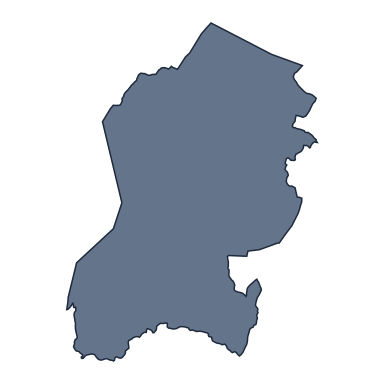 Santa María Quiegolani, Oaxaca, Mexico
{"feature_id": "50627088B40011540335784", "entity_name": "Santa María Quiegolani", "entity_type": "district", "adm_level": 2, "iso_a3": "MEX", "parent_name": "Mexico", "parent_adm1": "Oaxaca", "projection": "orthographic", "projection_center": [-96.048, 16.307], "detail": "fine", "context": "isolated", "style": "filled", "palette": "slate", "viewbox_px": 384, "rotation_deg": 0, "n_neighbors": 0, "source": "geoboundaries", "source_scale": "gbopen_adm2", "svg_char_len": 5979}
<svg xmlns="http://www.w3.org/2000/svg" viewBox="0 0 384 384"><path d="M256.8,279.2L255.6,280.1L254.2,281.3L253.0,282.4L252.0,283.3L250.4,284.6L249.5,285.6L248.9,286.2L248.4,286.7L247.9,287.5L247.4,288.3L247.2,289.3L247.1,290.0L246.9,291.0L246.6,292.3L246.5,294.2L246.5,295.7L246.0,296.4L245.6,295.7L244.6,295.0L243.8,294.2L242.3,293.1L241.0,292.7L239.4,292.3L237.9,292.1L236.7,291.5L235.5,291.1L234.6,290.5L234.3,289.9L234.2,288.7L234.4,287.4L234.4,286.3L234.8,285.3L234.5,284.2L234.1,283.5L233.8,282.4L233.1,281.3L232.6,280.7L231.8,280.2L231.3,279.5L230.8,278.7L229.7,277.3L229.2,276.6L229.0,275.8L228.8,274.4L229.0,273.0L229.0,271.7L229.0,270.7L229.0,269.8L228.1,268.8L227.9,268.1L228.0,267.4L228.2,266.7L228.3,265.7L228.4,265.0L228.3,264.2L228.4,263.0L228.3,261.5L227.9,260.1L227.8,259.1L227.4,256.8L228.5,255.5L244.9,256.2L246.8,256.2L247.9,251.1L259.4,249.7L277.1,243.2L279.2,243.0L286.2,233.2L291.7,226.0L298.1,213.4L299.4,209.7L300.3,206.2L301.7,201.9L301.8,198.2L299.4,197.3L297.2,197.1L295.9,191.6L295.1,187.8L291.8,186.0L291.6,186.1L289.7,186.2L289.0,185.7L288.3,185.2L287.9,184.6L287.4,184.1L287.2,183.6L286.9,183.0L286.4,182.1L286.4,180.1L286.6,178.8L287.2,177.1L288.0,175.9L288.3,175.1L288.0,174.1L287.7,173.0L287.2,171.9L285.8,170.6L285.1,169.2L285.6,167.1L286.8,165.0L285.3,163.7L285.3,162.3L285.8,160.7L286.5,158.7L287.3,158.1L288.0,157.9L289.3,158.6L290.2,159.7L290.8,160.2L291.6,160.4L292.1,160.2L292.5,160.2L293.4,160.5L294.5,160.4L295.2,159.9L295.3,159.1L294.9,157.6L295.3,155.9L295.8,154.3L297.3,153.7L298.3,152.8L299.4,152.4L300.6,151.7L301.7,150.8L303.2,148.3L303.5,146.9L303.4,145.8L304.1,145.2L305.3,145.6L306.8,145.5L308.2,146.3L309.5,147.9L310.4,147.4L310.8,145.8L312.0,144.0L313.5,142.5L314.3,141.9L315.6,142.2L316.6,142.4L317.3,142.5L316.1,140.7L316.2,139.7L314.3,138.2L312.4,135.6L310.5,134.1L308.0,132.4L306.9,132.6L304.8,132.0L304.3,130.8L301.5,129.7L299.4,129.1L296.6,128.6L295.0,127.6L294.2,127.9L292.5,126.8L292.8,124.0L295.0,121.4L295.4,118.3L296.1,115.4L299.5,116.1L303.0,117.3L305.9,116.0L308.3,112.5L309.5,110.7L310.9,107.5L312.8,103.6L315.1,101.3L316.2,98.2L312.2,94.9L309.6,93.8L306.6,93.4L304.1,91.4L301.1,88.4L298.3,85.6L296.3,82.1L294.4,79.6L293.3,77.0L294.4,73.5L297.2,71.5L302.4,65.6L271.7,54.4L269.7,53.4L258.1,47.4L211.0,23.0L206.7,27.7L201.4,33.8L189.7,53.0L185.6,56.8L177.5,69.3L172.4,67.2L171.4,66.3L168.8,69.0L164.5,67.6L161.5,67.9L159.9,69.4L158.9,69.9L155.9,74.3L152.7,74.4L150.2,75.1L149.5,75.3L148.2,75.2L147.0,74.7L144.8,73.6L142.1,73.4L140.8,73.2L140.3,73.5L138.5,75.0L137.9,76.7L137.0,78.4L136.7,80.0L135.6,81.3L134.1,82.5L133.1,83.8L131.6,85.0L131.3,85.5L129.3,88.1L128.7,89.0L126.3,91.5L125.6,92.1L124.6,93.5L123.7,95.4L123.7,96.3L122.0,98.6L122.2,100.9L121.9,101.8L120.5,104.7L119.3,105.3L116.6,105.4L113.8,105.4L113.3,105.2L110.4,108.7L102.5,121.7L117.8,185.7L121.9,202.8L113.4,228.7L76.6,262.8L68.2,297.3L67.8,302.6L66.7,309.6L67.4,309.5L68.2,309.1L68.6,308.7L69.3,308.0L69.8,307.5L70.4,306.7L71.2,305.7L71.6,305.2L72.0,304.3L72.4,303.8L72.8,303.3L73.4,304.7L73.5,305.5L73.5,306.3L73.7,307.3L74.1,307.6L74.8,307.2L75.5,307.2L75.8,308.7L75.8,310.7L75.4,311.2L74.7,312.2L74.2,313.2L74.0,314.4L74.2,316.0L74.3,317.1L74.6,318.2L74.8,320.0L75.1,321.7L75.5,323.1L75.5,324.2L75.3,325.9L75.4,327.0L75.4,328.3L75.6,329.5L76.0,331.9L76.4,333.0L76.6,334.7L76.9,335.4L77.2,336.8L76.9,337.9L76.0,339.3L75.2,339.7L74.7,340.9L74.3,342.3L74.5,343.1L74.6,343.8L74.1,344.9L73.6,346.3L73.7,346.9L73.9,347.8L74.6,348.5L75.0,349.5L75.5,350.1L75.8,350.6L76.9,351.1L78.1,351.3L79.1,351.7L80.1,352.9L81.0,353.6L81.9,354.2L82.7,354.7L82.7,356.1L81.5,356.7L81.3,357.9L82.1,358.5L83.4,358.2L84.2,357.2L85.3,355.8L87.0,354.9L88.8,354.6L90.3,354.2L91.6,354.1L92.7,354.0L93.3,354.3L93.8,354.4L94.2,354.5L94.6,354.6L96.8,357.7L97.9,358.9L98.9,359.6L100.6,360.0L101.3,360.1L102.6,359.8L103.8,359.3L105.5,358.8L107.2,358.8L108.4,359.3L109.6,360.0L111.1,360.1L112.5,360.6L113.6,361.0L114.5,360.3L114.9,357.9L115.8,357.1L117.0,357.0L118.2,357.6L119.3,358.0L120.1,358.1L121.2,358.0L122.4,357.4L123.0,356.5L124.2,355.2L125.3,353.6L125.4,351.0L128.9,348.2L128.2,341.9L128.9,340.4L130.5,339.8L131.6,339.0L132.3,338.7L132.6,338.3L133.5,337.5L135.1,336.9L136.6,336.6L138.0,336.7L139.4,337.2L140.3,336.4L141.0,335.3L141.8,334.2L142.8,333.4L144.2,332.4L146.2,332.4L146.6,330.8L146.5,329.5L147.5,328.7L148.9,329.1L151.6,330.4L152.3,331.6L152.8,332.7L154.0,332.7L156.3,329.9L156.6,327.0L157.2,325.7L160.2,323.4L163.3,323.5L164.9,323.2L166.9,323.0L167.3,323.7L167.3,324.9L167.2,326.0L167.4,327.1L167.9,327.6L168.8,328.2L170.1,328.2L171.4,328.7L173.5,329.0L175.3,328.8L176.6,328.5L178.3,327.6L180.3,326.6L182.2,326.7L183.4,326.8L184.2,326.7L185.6,327.2L186.8,327.6L187.8,327.7L188.8,328.3L189.0,329.3L189.5,329.8L190.5,330.4L191.4,330.2L192.5,330.0L193.5,330.3L194.4,330.7L195.2,331.0L195.8,331.3L196.7,331.5L197.5,331.4L198.6,331.3L199.5,331.2L200.3,331.2L200.6,331.3L201.2,331.4L204.1,332.0L205.6,332.6L206.2,332.6L207.3,333.1L208.4,333.7L208.5,334.0L208.3,335.3L208.9,336.5L210.2,336.9L211.5,337.0L211.7,337.8L211.9,339.2L212.1,339.8L212.6,340.9L213.6,341.5L215.1,342.3L216.6,343.0L217.3,343.3L219.1,343.4L220.7,344.0L222.0,344.7L222.7,344.7L223.7,344.3L224.5,344.1L225.8,345.1L226.6,346.5L227.2,348.3L228.6,349.7L230.1,350.6L231.3,352.0L232.7,352.6L234.0,351.9L235.0,351.6L236.5,353.0L237.0,353.5L237.5,354.2L239.3,356.0L241.2,354.6L242.0,353.4L243.0,352.2L243.8,350.4L244.6,348.6L245.7,346.4L246.7,344.4L247.2,342.3L247.5,340.3L247.6,337.8L248.0,335.6L248.7,333.5L249.8,329.3L251.5,327.7L253.1,327.2L253.9,325.3L255.9,324.5L256.4,322.9L256.6,320.5L257.4,318.4L257.1,316.9L256.6,315.3L258.0,312.6L257.5,311.4L257.6,310.2L257.9,309.5L257.5,308.2L256.4,306.9L255.7,305.9L255.5,305.3L255.9,302.6L256.9,299.0L257.2,297.9L257.7,296.9L258.3,296.2L259.0,294.9L260.2,292.7L260.6,291.3L261.3,290.6L261.2,289.0L260.9,287.9L260.2,286.6L259.7,285.1L259.2,284.2L259.0,283.1L258.6,282.3L257.9,281.4L256.8,279.2Z" fill="#64748b" stroke="#1e293b" stroke-width="1.5"/></svg>